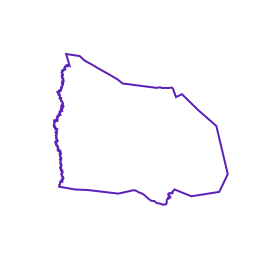 Javxlant, Selenge, Mongolia, rotated 71°
{"feature_id": "93677404B94192220818262", "entity_name": "Javxlant", "entity_type": "district", "adm_level": 2, "iso_a3": "MNG", "parent_name": "Mongolia", "parent_adm1": "Selenge", "projection": "robinson", "projection_center": [106.265, 49.737], "detail": "fine", "context": "isolated", "style": "outline", "palette": "violet", "viewbox_px": 256, "rotation_deg": 71, "n_neighbors": 0, "source": "geoboundaries", "source_scale": "gbopen_adm2", "svg_char_len": 5762}
<svg xmlns="http://www.w3.org/2000/svg" viewBox="0 0 256 256"><g transform="rotate(71 128 128)"><path d="M154.8,43.8L134.3,55.6L113.6,66.0L114.4,72.5L113.7,72.3L112.2,72.8L110.6,72.5L109.4,72.8L106.4,72.6L105.5,72.8L105.0,73.1L104.3,73.1L103.6,75.0L103.5,76.2L103.2,77.4L102.3,79.2L102.1,80.2L101.3,82.8L100.9,83.3L100.0,84.2L99.3,88.2L97.9,90.8L89.4,108.1L86.7,113.3L84.2,118.6L78.7,122.0L71.0,128.6L61.2,137.4L56.0,141.7L52.2,145.3L48.9,147.9L47.7,148.4L44.3,150.2L37.9,162.4L50.3,163.0L50.1,163.2L49.8,163.9L48.9,164.1L48.9,164.5L49.6,164.6L49.7,164.8L48.8,165.1L48.6,165.2L48.6,165.7L49.0,166.0L49.4,165.7L49.9,165.8L49.6,167.0L49.8,167.4L49.6,167.6L50.0,167.9L50.4,168.7L50.8,168.8L50.9,168.2L51.4,168.4L52.0,168.1L52.3,168.3L51.9,169.0L52.4,169.7L52.2,170.3L52.6,170.8L51.9,171.1L52.0,171.4L52.4,171.6L53.0,171.3L53.3,171.3L53.2,171.9L53.6,172.5L54.1,172.8L55.5,172.8L55.7,172.6L55.7,172.2L56.0,172.1L56.5,172.4L57.0,172.4L57.1,172.7L56.8,172.8L56.8,173.1L57.3,173.9L57.5,173.9L58.4,173.9L58.7,173.5L59.5,174.0L59.9,174.0L60.1,173.8L60.0,173.3L60.4,173.1L60.9,173.6L61.7,173.5L62.3,173.8L62.8,173.6L62.9,174.0L63.3,174.3L63.1,174.5L63.1,174.8L62.7,174.9L62.6,175.1L63.4,175.3L64.1,176.0L64.5,176.0L64.6,175.6L64.0,174.9L65.1,174.9L65.4,175.3L66.4,175.8L66.6,176.4L66.8,176.6L68.1,177.4L67.5,177.7L67.6,178.1L68.0,178.2L68.4,178.0L68.6,178.3L69.4,178.5L69.6,179.0L70.5,179.1L70.5,179.3L71.1,180.1L70.1,180.6L70.1,181.1L70.4,181.3L71.1,181.1L71.7,181.6L71.6,182.0L71.0,182.4L70.9,182.6L70.9,183.0L72.0,182.7L72.7,182.3L73.0,182.7L73.5,182.6L74.1,182.8L74.3,182.6L74.2,182.3L73.6,182.1L74.6,181.6L75.2,182.1L77.4,182.1L77.5,183.0L77.8,183.1L78.2,182.9L78.0,182.4L78.3,182.1L78.2,181.8L78.2,181.6L78.5,181.7L78.7,182.2L78.9,182.3L80.0,182.3L80.4,182.1L80.9,182.5L81.2,182.3L81.1,181.9L81.9,181.6L83.5,181.5L83.4,182.0L84.3,182.5L85.2,182.0L85.6,182.0L84.9,182.7L84.7,182.8L84.7,183.1L85.4,184.0L85.6,184.0L86.0,183.8L85.7,183.2L85.8,183.0L86.0,182.9L86.3,183.5L86.6,183.6L86.8,183.6L86.9,182.8L87.3,182.8L88.1,183.5L87.8,184.1L87.6,184.9L87.9,184.9L88.5,184.7L89.1,184.8L89.9,184.5L90.4,184.6L90.3,185.0L89.7,185.3L89.2,185.9L90.2,186.6L90.4,187.4L90.8,187.5L91.2,187.2L91.4,187.9L92.1,188.3L92.4,188.2L92.3,187.6L92.8,187.9L93.6,187.7L93.4,188.5L92.9,188.5L93.1,189.0L92.9,189.3L93.7,189.8L93.9,189.8L93.9,189.5L94.1,189.5L94.5,190.2L93.7,190.3L93.6,190.5L94.1,191.3L94.3,191.4L94.8,191.0L95.2,191.0L95.5,191.2L95.3,191.6L95.5,191.8L96.2,191.5L97.5,192.3L98.0,192.2L98.4,192.4L98.4,192.6L97.8,192.7L97.9,193.2L97.8,193.3L97.0,193.5L98.0,194.5L96.8,195.0L96.7,195.3L97.3,195.5L98.0,195.1L98.1,195.3L98.0,195.7L99.1,195.8L100.5,196.4L100.3,196.8L100.4,197.0L100.6,197.1L101.0,196.7L101.7,196.8L101.9,197.0L101.9,197.3L102.0,197.4L103.0,197.5L103.2,197.3L103.1,197.1L102.5,196.7L103.0,196.4L104.1,196.6L104.7,197.1L105.0,197.2L105.2,196.8L105.0,196.1L105.7,195.4L106.1,196.4L107.2,196.6L107.5,196.1L107.8,196.4L107.7,196.9L107.9,197.1L108.3,197.0L108.4,196.7L108.6,196.7L108.7,197.0L108.2,197.5L108.5,197.9L109.0,197.8L109.7,197.0L110.1,197.5L111.3,197.8L111.5,198.1L111.2,198.5L111.3,198.7L112.0,198.8L112.8,198.4L113.1,198.4L113.6,198.7L113.7,199.1L114.6,199.5L114.8,199.3L114.8,198.8L116.0,199.0L117.2,198.6L117.2,199.1L118.0,200.1L117.9,200.4L117.3,200.3L117.3,201.2L117.7,201.4L118.7,201.4L118.7,201.1L118.2,200.9L118.5,200.8L118.6,200.5L118.9,200.8L119.7,201.0L119.4,201.2L119.3,201.4L120.6,201.5L120.7,201.4L120.5,201.0L121.2,201.1L121.2,200.7L121.6,200.6L122.2,200.8L122.4,200.4L122.8,200.2L123.4,200.6L123.7,200.5L124.1,199.7L124.1,200.4L124.6,200.7L124.3,200.9L124.9,201.1L125.7,201.0L125.8,201.0L125.5,201.5L126.5,201.7L126.7,201.4L126.7,201.2L127.2,201.1L127.3,200.9L126.9,200.6L127.3,200.3L127.3,200.1L127.1,199.8L127.6,199.7L128.1,200.1L128.8,200.2L129.1,200.0L128.9,199.7L129.5,199.8L130.4,199.7L130.6,199.8L130.6,200.0L130.0,200.0L130.1,200.4L129.7,200.9L129.8,201.0L130.1,201.0L131.1,200.6L131.2,200.9L131.6,201.0L131.8,201.4L132.3,201.3L133.9,201.6L134.3,201.4L134.2,200.9L134.4,200.9L135.3,201.2L135.3,201.4L135.2,201.6L135.2,201.8L135.7,201.8L136.1,201.7L136.1,202.0L135.6,202.3L135.6,202.5L136.3,202.4L136.8,202.6L137.1,202.5L137.8,202.9L138.1,202.9L138.2,202.6L138.5,202.6L139.1,202.9L139.3,203.5L139.7,203.7L139.9,203.6L140.0,203.3L140.5,203.5L140.6,203.3L140.5,203.0L141.2,202.9L141.6,203.1L141.6,203.4L142.1,203.3L142.9,203.8L142.7,204.2L143.0,204.9L143.7,205.2L144.2,205.1L144.4,204.7L144.8,204.8L145.3,205.2L146.2,205.2L146.3,204.9L146.1,204.6L147.0,204.7L146.7,204.3L146.9,204.0L147.4,204.2L147.6,204.5L147.9,204.2L148.5,204.2L148.6,204.8L148.5,205.0L149.1,205.4L149.6,205.1L149.8,205.3L149.7,205.6L150.0,206.1L150.4,205.8L150.8,206.0L151.5,205.8L152.1,206.2L152.3,206.1L152.3,205.8L152.8,205.4L154.4,205.3L154.8,205.6L155.3,206.5L155.9,206.8L154.8,206.9L155.4,207.4L155.5,207.7L156.1,207.7L156.1,208.2L156.2,208.5L156.9,208.5L156.8,208.8L157.1,209.1L156.9,209.5L158.0,209.8L158.5,209.5L158.0,210.1L158.0,210.3L158.7,210.3L159.1,210.5L159.6,211.7L159.9,211.8L160.4,211.7L161.1,212.2L168.9,198.1L173.6,186.1L186.9,158.5L188.6,143.1L189.3,141.7L190.8,140.0L192.6,138.6L193.0,138.1L193.4,137.2L196.0,134.8L200.9,132.1L203.2,130.6L204.3,129.7L204.8,128.9L205.6,127.0L205.9,126.7L207.4,125.9L208.5,125.0L209.4,123.5L209.8,122.3L210.9,121.3L211.7,120.2L211.7,119.7L212.2,118.9L212.3,118.5L212.2,117.7L212.6,117.2L212.2,116.5L211.3,115.7L210.1,115.4L208.9,114.9L208.2,114.3L208.1,112.8L206.8,112.7L206.6,112.5L206.7,111.9L206.9,111.5L207.6,110.9L207.6,110.7L207.4,110.5L205.2,110.8L204.8,111.4L204.2,111.7L203.8,111.6L203.4,111.3L203.1,110.8L203.1,110.1L203.4,108.8L204.1,108.1L204.2,107.7L204.1,107.2L203.7,106.9L203.1,107.2L201.3,104.0L213.2,90.3L218.1,62.5L204.1,48.7L154.8,43.8Z" fill="none" stroke="#5b21b6" stroke-width="2"/></g></svg>